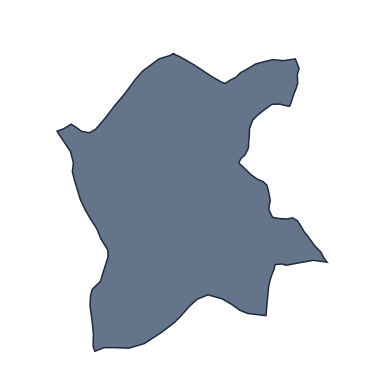 Upplands Väsby, Stockholm, Sweden, rotated 255°
{"feature_id": "70781695B23311697219676", "entity_name": "Upplands Väsby", "entity_type": "district", "adm_level": 2, "iso_a3": "SWE", "parent_name": "Sweden", "parent_adm1": "Stockholm", "projection": "albers", "projection_center": [17.909, 59.524], "detail": "fine", "context": "isolated", "style": "filled", "palette": "slate", "viewbox_px": 384, "rotation_deg": 255, "n_neighbors": 0, "source": "geoboundaries", "source_scale": "gbopen_adm2", "svg_char_len": 1561}
<svg xmlns="http://www.w3.org/2000/svg" viewBox="0 0 384 384"><g transform="rotate(255 192 192)"><path d="M53.4,231.5L62.7,234.8L81.2,241.7L86.6,244.6L91.7,247.9L96.4,251.5L100.4,253.4L99.3,259.9L96.8,264.2L96.0,275.5L94.6,291.4L90.6,301.2L89.2,304.3L94.2,302.3L100.7,300.9L108.4,296.5L118.9,292.6L124.7,290.0L130.1,288.6L137.0,286.4L141.0,282.4L141.4,276.6L143.9,269.0L146.8,263.2L154.8,261.7L158.4,262.8L163.5,265.4L172.9,266.1L179.1,266.1L183.8,263.2L187.8,258.1L193.6,253.4L202.7,248.0L207.8,244.7L211.4,247.6L214.3,253.0L219.7,257.8L224.1,259.2L232.1,262.1L238.2,263.9L245.5,269.0L248.8,274.4L252.4,282.4L256.0,291.8L254.2,299.5L251.7,303.8L249.5,308.5L254.2,311.8L260.4,315.8L265.1,319.4L269.8,322.3L278.2,324.1L283.6,327.4L293.7,326.3L293.8,326.3L295.2,314.3L298.9,304.5L299.2,296.1L299.2,286.7L295.9,275.1L294.8,270.0L291.5,264.2L290.1,257.7L288.3,252.3L290.4,249.0L298.4,241.0L314.7,226.5L325.9,215.2L328.4,212.0L330.6,210.0L329.5,205.8L329.1,194.6L321.5,175.4L315.3,166.3L304.1,152.2L296.1,140.6L285.6,126.9L277.6,115.3L275.8,108.4L279.0,101.2L284.5,96.8L288.8,92.9L286.3,84.5L285.7,77.4L278.1,79.8L262.8,85.0L250.9,85.0L242.4,81.6L231.1,81.6L213.6,82.2L201.7,84.4L191.5,87.2L180.8,90.6L170.6,91.8L157.6,95.7L150.8,94.0L139.5,86.7L129.4,80.4L123.7,70.3L117.5,66.9L108.4,64.0L94.3,62.3L80.2,60.0L68.9,56.6L63.3,56.9L63.4,57.7L64.4,66.8L61.5,77.6L57.5,90.6L57.9,106.6L64.3,126.1L70.5,141.3L75.2,149.3L82.0,159.5L87.1,169.3L88.5,180.9L80.9,193.5L72.9,201.5L65.3,207.6L60.2,214.5L53.4,231.5Z" fill="#64748b" stroke="#1e293b" stroke-width="1.5"/></g></svg>